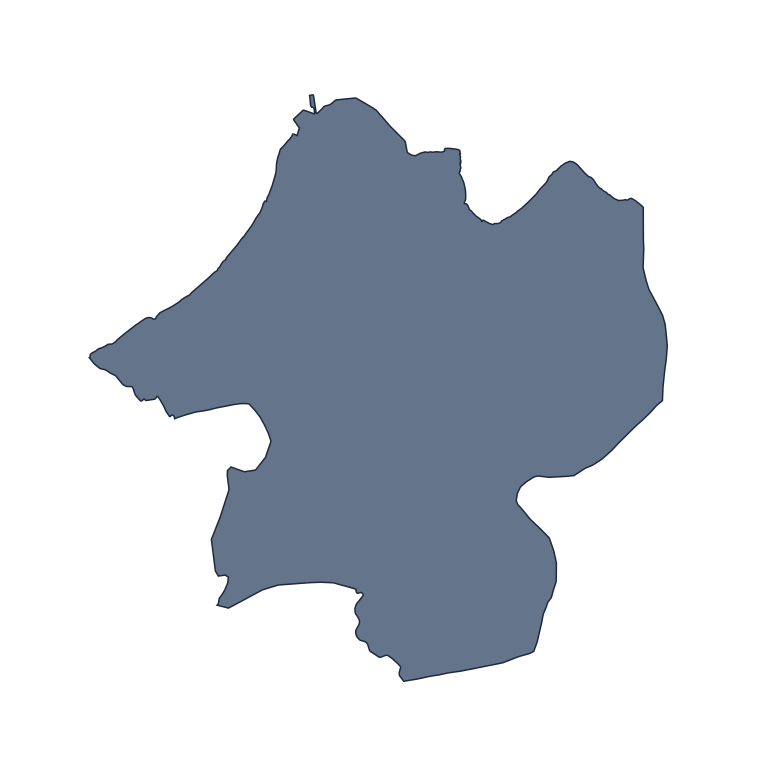 Mueang Pattani, Pattani, Thailand, rotated 351°
{"feature_id": "78962969B73457350824483", "entity_name": "Mueang Pattani", "entity_type": "district", "adm_level": 2, "iso_a3": "THA", "parent_name": "Thailand", "parent_adm1": "Pattani", "projection": "equal_earth", "projection_center": [101.257, 6.854], "detail": "fine", "context": "isolated", "style": "filled", "palette": "slate", "viewbox_px": 768, "rotation_deg": 351, "n_neighbors": 0, "source": "geoboundaries", "source_scale": "gbopen_adm2", "svg_char_len": 6150}
<svg xmlns="http://www.w3.org/2000/svg" viewBox="0 0 768 768"><g transform="rotate(351 384 384)"><path d="M667.7,250.1L666.7,248.6L664.1,245.6L661.3,242.6L658.6,240.2L656.9,239.2L655.8,239.4L653.4,240.4L652.3,240.3L651.2,239.6L649.2,239.9L644.1,239.4L642.5,238.1L642.1,238.1L641.3,237.6L639.4,235.9L636.6,232.5L635.7,232.0L635.0,231.8L634.1,230.3L633.0,229.1L631.1,227.8L628.9,224.9L627.9,224.4L626.3,222.4L624.6,219.0L623.0,215.4L622.0,213.8L621.0,212.5L618.3,210.9L615.1,206.8L609.1,197.5L607.3,195.7L605.5,194.2L603.9,193.7L602.6,193.1L597.6,194.2L596.7,194.7L595.9,195.0L594.4,195.8L592.6,196.6L590.1,198.5L589.3,198.9L588.0,200.1L586.4,200.7L585.3,200.7L583.9,201.5L583.4,202.0L583.0,202.8L582.2,203.6L580.3,204.6L579.4,205.3L578.4,206.9L575.8,210.4L568.2,216.2L564.0,220.3L554.5,227.2L547.2,232.1L543.4,233.9L541.1,235.4L536.1,237.8L535.4,238.3L534.9,238.6L532.9,238.8L531.0,239.3L529.5,240.1L527.7,240.6L526.7,241.2L525.6,241.3L525.3,241.6L524.9,242.5L523.2,243.2L521.5,243.4L519.4,242.9L518.4,242.9L517.9,242.9L517.1,243.4L516.3,243.5L513.2,241.9L509.7,239.3L508.6,238.3L507.7,237.8L506.9,237.8L506.4,238.1L506.2,238.7L505.8,238.5L505.6,237.4L505.1,236.5L503.7,234.9L501.6,233.0L499.1,229.7L496.9,226.2L496.2,225.8L495.4,224.3L495.3,223.1L494.6,220.5L493.9,219.3L493.2,218.8L491.6,218.5L491.8,217.0L492.6,216.2L493.1,215.3L493.5,214.3L494.3,210.0L494.7,206.2L494.7,204.2L494.4,198.7L494.0,196.0L493.4,194.2L493.1,192.1L491.3,187.7L492.0,186.2L492.4,185.9L492.8,184.0L493.5,183.1L493.6,182.7L493.7,182.0L493.5,179.1L493.6,178.7L494.0,178.6L494.1,178.3L493.7,177.3L494.6,177.1L494.7,176.9L494.8,174.8L494.4,174.4L494.4,173.9L494.8,172.8L494.8,172.3L495.1,171.7L495.1,171.2L494.7,169.3L494.8,168.9L495.4,168.8L495.4,168.3L495.0,168.1L495.4,167.0L495.4,165.1L493.8,164.0L491.9,163.3L485.6,161.5L481.4,160.9L480.5,161.7L480.2,163.4L478.6,163.9L476.7,164.0L473.0,163.0L471.0,162.7L468.9,162.8L466.1,162.0L465.2,162.0L464.1,162.2L460.5,161.2L455.2,161.9L453.0,162.8L450.7,163.4L448.3,162.8L445.7,161.2L443.5,159.2L443.2,158.1L442.9,148.2L442.4,146.9L430.6,130.7L424.1,120.1L422.5,117.8L419.4,112.7L418.9,112.0L417.6,111.1L416.6,109.9L402.2,98.1L401.2,97.3L399.9,97.0L381.2,95.9L379.3,96.8L375.3,99.2L373.5,99.8L369.5,100.2L367.9,100.6L366.4,102.0L361.0,105.9L359.8,106.2L359.4,105.6L359.5,88.0L359.3,87.5L358.6,87.3L355.6,87.3L355.6,90.0L355.1,96.3L355.3,98.1L355.8,99.3L357.3,99.7L357.9,100.7L358.0,102.3L358.0,104.5L357.8,105.6L357.5,106.1L357.3,106.2L348.2,101.3L347.0,100.9L336.2,108.2L336.1,108.5L336.2,109.0L336.8,110.6L338.3,113.3L338.8,114.6L339.9,116.9L340.5,117.6L337.0,125.0L335.2,123.7L333.4,122.9L332.8,122.9L331.7,124.9L328.9,127.6L327.8,128.2L321.8,133.5L319.0,135.4L317.9,136.7L316.9,139.0L314.7,143.4L313.0,147.4L312.2,150.1L310.9,156.2L310.2,158.6L304.6,170.6L300.0,178.7L298.1,181.2L297.4,182.5L296.5,185.0L296.1,185.3L295.5,184.8L295.0,184.7L294.7,184.9L292.8,187.3L290.9,191.3L288.0,195.8L286.2,197.3L282.8,201.0L280.2,204.4L277.2,207.8L270.3,214.6L269.1,216.1L267.5,217.1L264.7,219.6L264.3,220.1L260.4,224.0L249.2,233.6L247.5,235.4L247.5,236.0L247.1,236.4L244.5,237.7L242.8,239.1L240.2,242.5L238.3,243.9L237.6,244.9L237.1,245.9L235.1,246.6L232.4,248.2L227.4,251.7L208.5,263.5L205.9,265.7L202.9,266.6L200.0,267.8L197.5,268.9L194.5,270.9L186.5,274.4L174.0,278.5L170.0,281.7L168.5,283.8L166.3,284.1L165.9,283.4L165.1,282.6L163.2,281.8L161.8,281.5L159.8,281.6L157.5,282.4L152.5,284.8L151.3,285.5L148.4,286.7L135.7,293.7L127.7,298.4L125.5,300.3L123.1,301.4L121.6,302.0L118.5,301.6L117.0,301.8L115.9,302.5L113.3,303.4L109.7,304.3L107.6,304.5L104.1,306.5L100.1,307.8L98.8,308.7L98.4,309.4L98.0,310.4L97.9,311.4L97.0,311.8L100.8,318.4L101.9,319.9L105.7,324.1L106.9,324.8L109.2,325.6L111.0,326.5L111.9,327.1L115.5,330.5L120.0,333.7L120.5,334.3L125.6,343.1L126.4,344.0L127.8,345.2L129.0,346.0L131.1,346.6L134.1,347.0L135.0,347.6L135.4,348.8L136.6,355.7L139.0,359.8L140.5,362.0L141.1,362.7L141.8,362.8L142.4,362.7L144.4,361.3L144.8,361.3L145.2,361.5L145.8,362.7L146.5,363.1L154.9,363.1L155.5,363.0L156.3,362.5L157.4,361.2L157.9,360.8L158.2,360.7L158.8,361.1L160.9,365.9L162.8,370.9L164.6,377.2L166.9,382.2L167.2,382.6L167.7,382.7L169.0,381.8L169.7,381.5L170.6,381.7L171.1,382.1L171.5,382.9L171.8,384.0L171.8,385.6L174.8,384.8L183.7,383.4L193.5,382.2L203.5,382.3L208.2,382.1L213.7,381.5L232.9,380.8L240.1,381.0L245.6,382.0L247.5,382.5L252.3,389.6L256.4,397.2L259.5,405.6L262.0,414.3L263.4,422.5L263.2,423.3L255.4,438.0L243.6,448.9L232.2,448.8L219.9,442.0L215.8,445.1L214.9,450.0L214.4,464.1L201.1,490.3L189.2,510.5L188.2,542.3L190.4,547.8L197.3,547.9L200.0,550.3L198.6,555.9L194.5,562.6L190.4,567.4L187.9,569.7L185.8,575.4L184.5,576.3L195.3,581.0L231.8,568.3L248.2,566.0L279.6,568.6L290.5,569.9L302.8,572.4L324.2,582.2L324.0,583.9L324.0,584.8L324.3,585.7L324.7,586.3L325.4,586.6L328.7,586.3L329.5,586.8L330.2,587.9L330.5,588.8L330.4,589.4L330.3,589.7L322.6,596.8L321.7,598.0L320.2,601.2L319.9,603.4L319.8,604.9L319.9,605.8L320.1,606.7L322.0,610.9L322.4,612.1L322.7,613.8L322.6,615.2L322.2,616.5L321.6,617.8L318.3,621.9L317.4,623.6L317.1,625.9L317.2,627.2L317.7,629.3L318.5,630.9L320.2,633.2L325.2,635.7L326.3,636.7L327.1,638.4L327.9,643.9L328.2,645.2L328.7,646.0L336.2,652.8L336.9,653.2L338.2,653.3L343.4,652.2L344.1,652.3L345.2,652.7L346.0,653.3L349.1,656.4L353.6,662.0L355.7,665.1L356.1,666.1L355.9,667.1L354.2,670.6L353.8,671.9L353.6,674.0L353.8,674.7L357.0,680.7L371.0,680.6L383.5,679.9L393.5,679.9L401.8,679.4L415.5,679.6L457.9,677.9L474.3,674.3L485.5,673.0L490.1,671.4L495.0,662.6L502.4,644.3L505.2,636.5L509.4,629.5L511.5,625.4L515.8,621.2L519.4,613.4L523.1,606.2L525.0,595.6L526.3,587.5L525.6,575.9L523.2,562.0L516.4,552.4L507.3,540.5L501.5,530.5L497.3,524.0L496.3,520.1L498.6,512.9L502.6,507.1L509.0,503.0L517.4,499.3L521.5,498.9L532.7,502.0L549.2,503.7L557.3,504.2L569.3,498.8L577.6,496.7L587.5,492.3L598.5,485.2L605.4,479.8L621.1,468.4L627.3,464.1L633.2,460.4L642.2,454.1L649.7,448.0L656.4,444.0L659.1,430.6L663.2,415.2L666.8,403.2L669.8,390.5L670.6,377.8L671.0,368.9L669.9,359.7L666.8,350.2L660.5,332.1L659.1,322.9L658.1,309.5L661.7,291.3L662.7,282.5L667.7,250.1Z" fill="#64748b" stroke="#1e293b" stroke-width="1.5"/></g></svg>